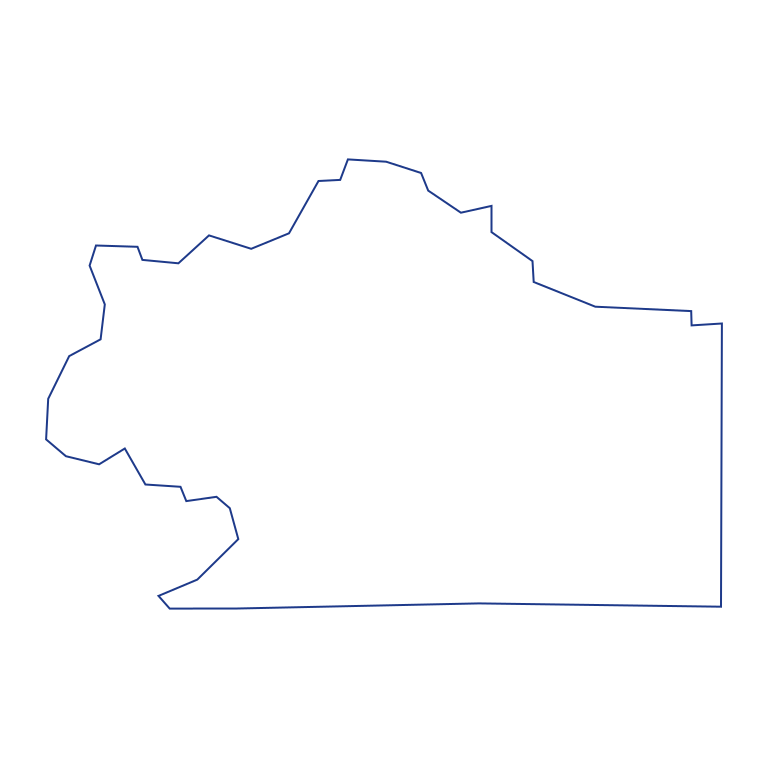 outline of Clear Creek, Colorado, United States of America
{"feature_id": "52423323B93273750320720", "entity_name": "Clear Creek", "entity_type": "district", "adm_level": 2, "iso_a3": "USA", "parent_name": "United States of America", "parent_adm1": "Colorado", "projection": "robinson", "projection_center": [-105.736, 39.708], "detail": "fine", "context": "isolated", "style": "outline", "palette": "blue", "viewbox_px": 768, "rotation_deg": 0, "n_neighbors": 0, "source": "geoboundaries", "source_scale": "gbopen_adm2", "svg_char_len": 647}
<svg xmlns="http://www.w3.org/2000/svg" viewBox="0 0 768 768"><path d="M48.2,398.8L46.1,439.4L65.9,456.2L99.1,464.3L124.8,448.5L145.4,484.5L180.5,486.8L186.3,501.1L216.5,496.8L229.8,508.2L238.3,539.1L197.3,579.6L158.5,595.9L169.7,608.6L237.5,608.5L479.0,603.4L721.0,606.7L721.9,323.5L691.6,325.4L691.2,311.1L595.3,306.7L533.7,282.0L532.5,261.1L491.5,232.1L491.5,205.9L460.9,212.7L428.2,190.6L421.1,173.0L386.1,161.7L347.9,159.4L340.2,179.9L318.5,181.0L289.0,233.3L251.2,248.8L209.0,235.4L178.4,263.3L142.4,259.9L137.5,246.8L96.0,245.5L89.6,265.6L104.8,304.4L100.6,339.3L69.2,356.1L48.2,398.8Z" fill="none" stroke="#1e3a8a" stroke-width="2"/></svg>